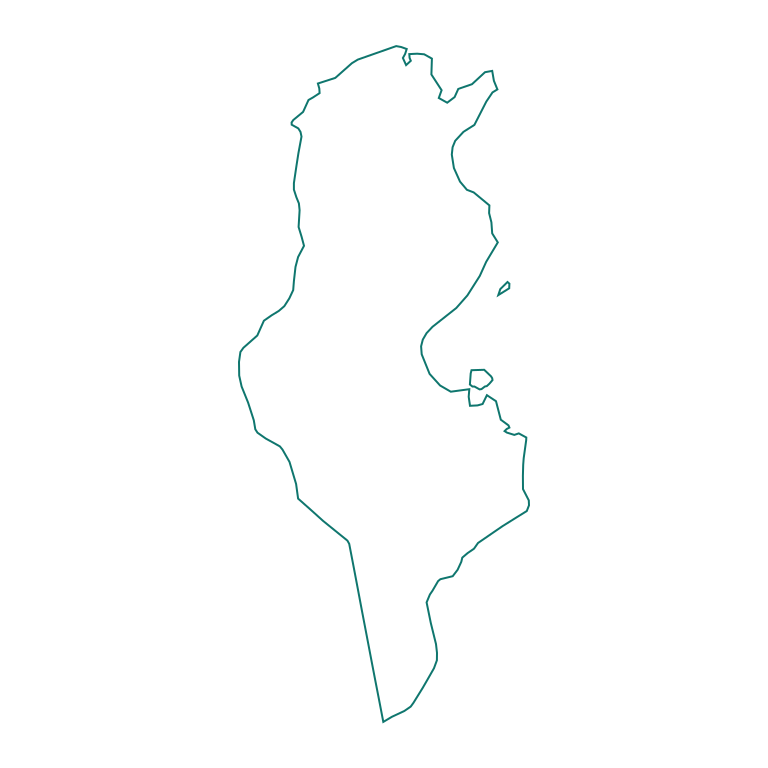 SVG path tracing the border of Tunisia
{"feature_id": "TUN", "entity_name": "Tunisia", "entity_type": "country or territory", "adm_level": 0, "iso_a3": "TUN", "parent_name": "Africa", "parent_adm1": "", "projection": "equal_earth", "projection_center": [9.904, 33.785], "detail": "fine", "context": "isolated", "style": "outline", "palette": "teal", "viewbox_px": 768, "rotation_deg": 0, "n_neighbors": 0, "source": "natural_earth", "source_scale": "50m", "svg_char_len": 2331}
<svg xmlns="http://www.w3.org/2000/svg" viewBox="0 0 768 768"><path d="M526.3,437.5L526.2,440.1L523.7,458.2L523.2,464.7L522.9,475.8L523.0,489.1L528.8,500.4L529.0,505.3L526.8,511.0L516.2,517.6L502.6,526.1L490.8,534.2L478.0,543.0L474.0,548.7L467.6,553.1L462.3,557.6L461.3,561.8L457.6,569.8L452.7,576.2L440.4,579.2L438.1,581.1L432.5,590.7L429.9,594.5L426.6,602.4L430.8,623.0L436.0,644.1L437.0,652.9L436.9,660.3L434.0,668.2L427.5,679.6L422.7,687.9L413.4,702.9L410.7,706.6L404.3,711.0L391.9,716.8L383.3,721.9L378.9,699.0L375.1,679.5L372.0,663.4L366.6,635.1L362.0,611.1L357.5,587.2L353.4,565.6L349.2,543.8L347.4,540.6L334.8,530.4L323.2,521.0L311.2,510.2L298.1,498.6L296.1,484.0L289.5,461.9L282.5,449.6L279.9,446.4L265.7,438.5L257.5,432.7L255.3,429.3L253.8,420.3L248.1,402.6L241.6,386.5L239.2,375.6L239.0,361.9L240.4,352.0L243.4,347.8L257.3,335.5L263.9,320.7L271.8,315.2L278.7,311.0L284.3,306.2L289.3,298.4L293.2,290.1L293.9,281.2L295.5,266.9L298.1,257.0L304.0,245.8L301.6,236.8L298.6,227.0L299.6,210.2L298.9,203.4L296.4,197.3L293.9,189.6L293.9,183.1L296.4,166.2L298.4,153.3L301.5,136.6L300.5,131.9L298.3,128.4L291.7,124.7L291.6,122.5L293.3,120.0L303.1,111.9L308.5,100.0L312.9,97.5L319.6,93.1L319.3,88.5L317.9,83.5L335.3,77.9L351.9,63.2L357.8,59.6L396.2,46.1L401.1,47.0L406.7,49.0L405.1,54.0L402.9,58.0L406.1,65.1L410.8,60.8L409.6,57.9L409.3,54.1L417.2,53.7L424.2,54.3L431.9,58.6L431.4,74.5L441.6,90.2L438.8,98.0L447.2,102.7L454.6,97.1L458.3,88.9L472.0,84.2L485.0,72.2L492.2,70.9L493.9,80.8L497.4,89.4L492.5,92.4L486.3,101.6L474.4,124.9L463.5,131.8L455.2,140.8L452.6,147.2L451.8,154.6L453.9,168.0L460.0,181.6L466.9,189.8L473.7,192.4L489.4,205.4L489.1,213.1L491.4,222.3L492.2,233.4L497.8,242.4L486.2,261.8L479.8,275.9L467.4,295.4L456.3,308.0L432.5,326.8L426.6,333.1L422.8,339.6L421.1,346.3L421.7,354.3L429.6,373.9L440.1,385.5L450.8,391.7L469.3,389.2L468.7,396.8L470.0,405.8L477.6,405.4L482.6,404.0L486.9,395.2L496.0,401.2L500.8,419.7L508.5,425.4L509.4,427.6L506.7,429.0L504.6,431.1L506.9,432.6L514.3,434.9L518.8,433.4L526.3,437.5ZM486.8,386.1L484.9,386.5L481.5,389.1L479.6,389.4L474.4,386.5L472.4,386.5L469.9,384.5L470.7,373.4L471.5,370.2L484.2,369.8L491.1,376.4L492.2,378.2L492.5,380.1L489.3,383.8L486.8,386.1ZM509.2,288.3L498.3,295.1L500.3,289.1L507.5,282.0L509.4,283.7L509.2,288.3Z" fill="none" stroke="#0f766e" stroke-width="2"/></svg>